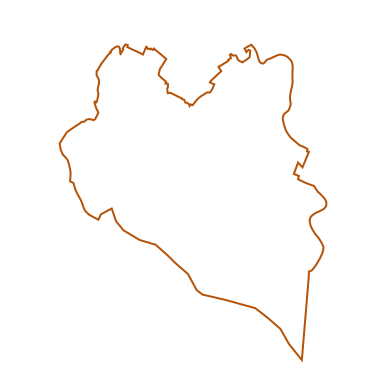 Dan Phuong, Ha Noi, Vietnam (Natural Earth projection), rotated 187°
{"feature_id": "81297802B64128830492510", "entity_name": "Dan Phuong", "entity_type": "district", "adm_level": 2, "iso_a3": "VNM", "parent_name": "Vietnam", "parent_adm1": "Ha Noi", "projection": "natural_earth1", "projection_center": [105.68, 21.121], "detail": "fine", "context": "isolated", "style": "outline", "palette": "amber", "viewbox_px": 384, "rotation_deg": 187, "n_neighbors": 0, "source": "geoboundaries", "source_scale": "gbopen_adm2", "svg_char_len": 4464}
<svg xmlns="http://www.w3.org/2000/svg" viewBox="0 0 384 384"><g transform="rotate(187 192 192)"><path d="M323.5,236.1L329.3,224.1L327.7,218.6L325.0,213.6L320.5,209.9L319.1,208.1L317.4,204.3L315.5,199.0L314.7,195.3L314.3,187.8L310.8,186.5L308.7,181.6L308.0,180.0L305.5,176.1L301.7,170.9L300.1,168.3L297.4,162.7L295.6,160.2L293.8,158.7L290.9,156.7L286.6,155.0L281.6,153.1L280.2,156.9L279.8,158.7L269.7,165.8L263.8,153.7L255.3,145.6L244.2,140.7L238.2,138.0L221.6,135.2L207.6,125.5L200.5,119.9L186.0,110.1L175.3,95.1L168.9,91.4L161.8,90.7L144.2,88.8L131.9,86.9L123.5,85.7L115.0,84.4L107.1,79.7L100.6,75.7L87.6,66.9L77.0,52.7L62.5,38.6L65.8,122.5L66.3,127.4L64.8,127.9L63.8,128.6L62.8,129.9L61.8,131.5L60.0,134.7L58.6,137.8L57.1,141.3L55.5,146.1L55.2,147.0L54.7,150.9L54.7,152.9L55.3,154.4L57.0,157.1L60.2,161.2L64.0,164.8L64.5,165.3L67.5,168.9L70.2,173.1L71.5,176.8L71.8,178.9L71.5,180.7L70.6,182.5L69.2,184.1L67.1,186.0L63.5,188.2L60.1,190.5L58.8,191.6L57.4,193.7L57.1,195.1L57.3,197.6L57.6,198.8L59.2,201.2L59.3,201.3L63.1,204.6L65.1,206.2L67.3,207.7L69.2,209.9L71.4,212.7L72.0,212.9L80.1,214.8L88.3,217.6L88.2,218.9L88.1,219.4L87.8,220.9L93.1,222.3L90.7,232.5L90.3,234.2L89.2,233.2L86.9,231.3L86.5,230.9L86.2,230.7L85.6,230.3L85.3,230.0L80.9,246.0L82.8,246.3L82.5,248.6L83.9,249.3L84.5,249.6L85.1,249.9L86.5,250.2L87.7,250.7L89.7,251.1L90.6,251.5L91.6,251.9L92.3,252.4L100.1,257.6L101.0,258.3L102.2,259.6L103.5,261.0L104.8,262.5L106.3,264.5L108.5,269.2L109.9,272.7L110.5,274.3L111.0,277.3L110.4,280.0L108.8,282.0L107.3,283.4L106.7,284.0L105.8,285.7L105.4,287.5L104.9,289.5L104.8,290.9L104.8,291.6L106.1,296.5L106.4,299.5L106.2,303.5L105.5,310.9L105.6,313.9L106.2,317.7L106.4,319.0L107.0,324.4L107.2,327.3L107.3,328.7L107.9,330.9L109.2,333.8L110.5,335.3L112.9,337.1L114.6,338.2L117.0,338.9L119.6,339.2L121.9,339.0L123.6,338.3L125.9,336.9L127.9,335.7L129.5,334.7L130.9,333.8L132.1,333.3L133.4,332.6L134.3,331.6L135.0,330.5L136.0,329.0L136.5,328.7L137.2,328.1L137.9,328.1L139.2,328.4L139.9,328.9L140.5,329.3L141.2,330.2L142.2,332.2L143.2,334.7L144.5,337.6L144.9,338.4L145.9,339.9L147.1,341.7L147.7,342.4L148.9,343.4L150.1,344.4L150.5,344.9L151.0,345.4L154.9,342.8L157.3,340.8L155.1,337.5L153.3,339.9L151.4,339.4L151.2,333.0L153.4,330.5L155.2,329.0L157.8,326.8L158.3,327.1L160.4,327.7L161.4,328.2L162.0,328.5L162.6,329.0L163.3,330.2L163.9,331.4L164.6,332.4L165.2,332.9L165.4,332.9L166.4,332.7L167.3,332.4L168.4,332.7L170.0,333.7L171.1,332.9L170.2,331.0L169.7,329.6L172.1,327.8L172.2,327.5L171.8,326.8L177.3,322.2L181.0,319.4L177.7,315.5L187.2,304.2L187.6,302.9L184.9,302.1L183.4,301.7L183.0,301.6L183.4,300.1L184.2,297.3L185.4,294.5L186.4,292.8L188.3,292.8L189.2,292.7L190.1,291.9L191.2,291.1L192.9,289.6L194.8,288.1L196.6,286.3L198.7,283.7L199.9,281.7L201.3,279.4L202.0,278.2L202.3,278.1L203.0,278.4L204.1,278.8L204.9,277.1L205.7,278.7L208.0,280.1L209.4,279.8L210.9,282.4L211.3,282.8L212.4,282.9L213.1,282.9L213.3,283.1L213.4,283.6L225.4,287.8L228.1,287.1L229.2,291.4L229.1,292.2L228.7,293.1L228.7,293.7L229.2,296.6L229.4,296.7L231.6,296.4L231.2,298.3L236.7,301.9L238.7,303.5L239.4,304.6L239.3,305.5L239.1,307.8L239.0,309.2L238.5,311.0L237.6,312.6L236.7,314.3L236.2,315.6L235.8,316.3L233.8,320.9L235.0,321.7L236.1,322.4L237.3,323.2L237.6,323.4L237.9,323.6L239.8,324.9L240.6,325.4L245.9,328.8L247.3,329.7L247.8,328.3L248.2,328.4L250.4,329.3L250.7,328.6L251.5,328.9L252.6,328.7L253.2,328.5L253.7,329.2L254.3,330.2L255.1,330.6L255.5,329.5L256.4,326.2L257.4,322.5L258.4,322.9L263.6,324.6L265.9,325.3L268.1,326.0L269.8,326.6L270.8,326.9L272.0,327.3L272.3,327.4L273.9,328.0L273.7,329.1L273.7,329.8L273.7,330.0L276.2,330.3L277.0,328.7L278.2,326.0L277.6,325.1L279.7,320.3L280.2,320.9L280.3,321.5L280.5,323.2L281.1,325.4L281.8,326.8L282.6,327.4L283.6,327.6L286.1,326.1L288.8,323.6L289.4,321.9L290.2,321.3L289.6,320.5L291.4,318.8L292.5,317.0L294.0,314.5L297.5,308.4L298.7,305.8L300.5,301.2L301.3,300.7L301.3,299.0L301.0,297.0L300.8,296.0L300.7,295.8L300.1,295.1L298.7,293.3L297.9,291.4L297.6,289.9L297.5,288.1L297.9,286.0L298.0,284.7L298.1,281.2L297.2,279.3L296.9,278.4L296.9,277.4L296.9,276.0L297.1,273.2L297.3,271.1L297.5,270.2L297.8,269.4L298.1,269.0L298.6,269.0L299.2,269.8L299.3,270.0L299.6,269.8L299.6,268.5L297.1,263.1L295.4,260.7L294.6,259.5L296.9,252.6L298.4,251.3L300.2,251.7L301.8,251.8L303.3,251.8L305.2,251.1L305.9,250.6L307.2,249.0L308.0,248.5L309.4,248.4L310.3,247.8L312.0,246.1L316.5,242.4L323.5,236.1Z" fill="none" stroke="#b45309" stroke-width="2"/></g></svg>